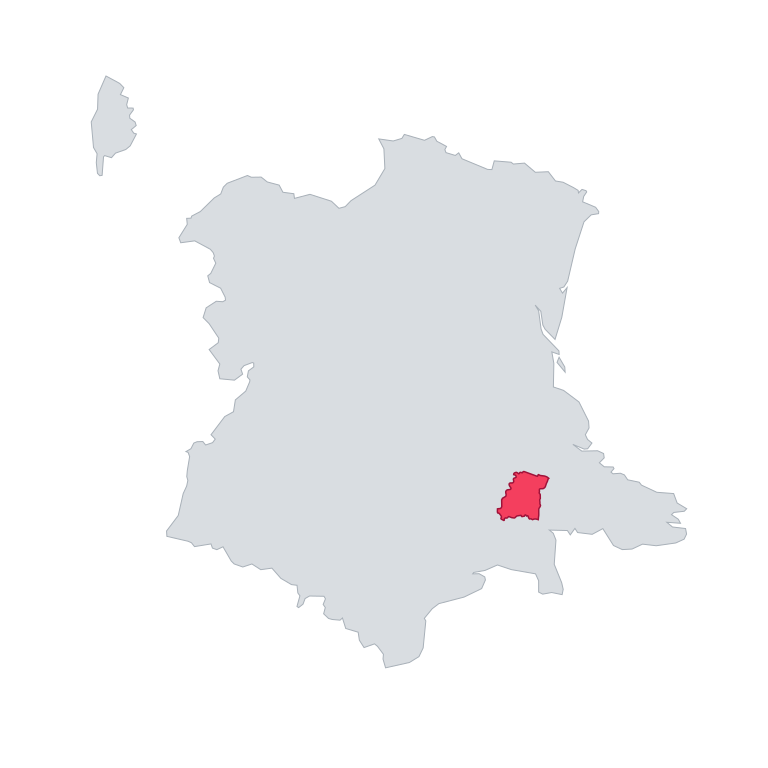 where Mayenne sits in France, rotated 185°
{"feature_id": "FRA-5324", "entity_name": "Mayenne", "entity_type": "Metropolitan department", "adm_level": 1, "iso_a3": "FRA", "parent_name": "France", "parent_adm1": "", "projection": "albers", "projection_center": [-0.661, 48.148], "detail": "fine", "context": "in_parent", "style": "filled", "palette": "rose", "viewbox_px": 768, "rotation_deg": 185, "n_neighbors": 0, "source": "natural_earth", "source_scale": "10m", "svg_char_len": 6256}
<svg xmlns="http://www.w3.org/2000/svg" viewBox="0 0 768 768"><g transform="rotate(185 384 384)"><path d="M575.4,299.4L570.7,302.7L568.3,308.6L565.2,310.2L559.5,310.9L556.4,307.7L549.7,310.6L547.3,314.4L551.9,318.4L539.8,337.7L531.5,343.3L530.7,355.2L521.1,364.9L518.0,374.5L517.9,376.4L520.8,379.2L520.2,385.3L515.2,389.7L515.6,393.5L517.1,393.9L525.0,390.1L527.8,386.3L525.7,381.5L533.3,374.8L548.0,374.9L550.5,382.7L549.3,389.6L561.2,403.1L552.7,410.7L552.6,415.3L563.5,428.9L570.0,434.4L567.8,444.4L558.3,451.8L551.8,451.9L549.2,453.7L549.8,456.7L555.1,465.2L566.6,469.8L569.0,476.4L566.2,479.1L562.1,489.7L564.8,494.4L564.1,496.7L565.6,500.0L568.8,503.1L585.0,510.1L598.8,507.0L601.1,511.8L593.9,525.9L595.0,531.8L590.7,532.4L590.2,534.5L582.0,539.8L569.4,554.5L563.2,559.1L561.2,566.1L557.7,570.3L538.2,579.8L534.2,578.4L524.4,579.4L517.9,575.1L505.8,573.0L501.4,566.2L490.4,565.7L489.4,561.1L474.3,566.5L452.3,561.5L444.2,555.1L438.1,557.3L432.8,563.8L410.3,581.3L401.9,598.7L404.6,618.3L410.6,627.7L396.0,626.9L387.6,630.2L385.5,634.4L364.9,630.3L357.4,634.7L355.3,634.5L352.5,630.4L342.4,626.1L343.8,622.8L342.4,619.9L332.9,617.9L329.7,620.8L326.0,615.2L299.5,606.8L295.2,607.0L293.6,615.9L276.7,616.0L274.3,614.4L263.3,616.3L251.7,608.1L238.8,609.8L230.9,601.2L223.2,600.6L212.4,596.2L207.5,593.8L206.9,591.3L203.7,595.1L199.6,594.2L198.8,593.0L201.4,588.3L202.0,582.8L188.6,578.5L185.1,574.5L185.1,572.4L192.3,570.6L198.9,563.0L205.3,535.3L210.0,502.5L213.3,496.3L217.4,494.6L214.1,490.1L210.0,496.0L212.7,465.9L217.5,443.3L228.3,452.6L230.9,456.6L234.1,470.1L240.3,475.8L236.3,470.3L232.3,452.4L229.9,447.3L212.6,432.2L212.1,428.7L219.6,430.6L216.6,419.3L215.0,395.8L204.6,393.3L188.2,383.1L177.0,364.9L175.9,358.1L179.0,351.0L176.4,346.5L171.7,343.3L175.5,337.2L178.9,336.6L190.6,340.3L181.1,334.4L165.4,336.1L159.2,333.9L158.2,329.6L162.6,324.3L157.4,320.7L148.5,321.3L147.5,319.8L150.2,316.0L148.0,314.5L140.7,315.7L136.6,314.4L132.9,309.8L121.2,308.4L118.7,305.7L102.8,299.9L85.9,300.1L81.6,291.0L71.6,286.1L73.8,283.4L84.1,281.3L86.2,278.9L79.0,274.9L76.5,271.1L90.2,270.9L84.2,266.7L71.0,266.3L69.5,260.9L71.5,255.6L79.4,251.1L98.7,246.6L112.5,247.0L122.5,241.2L132.2,239.8L141.3,243.1L153.4,259.0L163.5,252.4L178.2,252.9L181.2,256.8L185.3,249.9L188.5,254.0L206.6,252.9L202.4,250.1L199.1,243.5L198.7,219.2L189.7,201.6L187.6,195.1L188.2,189.7L198.8,190.9L207.6,188.5L211.8,190.2L212.8,201.5L216.5,208.1L241.0,210.2L255.2,213.6L267.1,207.1L278.2,204.1L279.1,202.6L272.7,203.3L266.8,200.6L265.9,197.6L268.9,188.7L285.7,178.7L310.2,170.0L316.4,164.3L323.4,154.1L321.7,151.6L322.0,124.5L325.4,115.5L334.4,108.8L357.7,101.4L361.0,109.9L361.0,114.7L367.6,122.1L370.8,124.3L380.9,119.7L386.2,126.6L388.1,134.5L400.8,137.1L405.0,147.3L407.2,144.9L415.0,144.9L418.8,145.6L424.1,149.8L423.0,156.2L425.4,159.1L423.6,164.9L425.3,167.3L439.7,166.3L443.9,163.4L445.5,157.6L449.6,153.8L451.3,154.8L449.3,165.7L451.6,168.3L453.1,175.9L458.7,176.1L469.8,181.4L479.6,190.8L490.6,188.3L499.9,193.2L508.7,189.4L517.6,191.7L520.8,194.4L530.2,207.8L536.1,204.4L540.6,205.6L542.4,209.6L558.6,205.5L562.0,209.1L565.6,210.3L587.0,213.3L587.8,218.6L577.5,235.1L574.5,257.3L571.7,265.1L571.0,270.9L572.4,274.5L572.4,280.5L571.3,294.8L573.2,298.8L575.4,299.4ZM689.9,579.4L689.9,588.4L694.0,594.3L698.5,619.6L693.3,632.8L694.1,647.8L687.8,666.6L673.5,660.4L669.0,656.5L671.8,649.3L663.6,646.6L664.7,639.8L663.4,636.6L658.0,637.0L657.5,635.3L660.9,629.7L660.4,626.6L654.8,623.3L653.4,619.9L657.9,615.4L655.2,612.1L652.4,611.5L657.6,599.1L661.7,595.1L671.6,590.6L675.2,585.7L682.2,587.2L683.2,585.9L683.0,567.3L685.3,566.7L687.8,568.9L689.9,579.4ZM213.5,420.6L211.9,425.9L205.4,416.7L204.6,411.6L213.5,420.6Z" fill="#d9dde1" stroke="#a8b0b8" stroke-width="1"/><path d="M246.9,305.0L246.8,306.2L246.2,306.8L245.3,307.3L244.6,307.5L243.9,307.4L241.9,306.3L241.6,306.5L240.9,307.7L240.4,307.9L239.9,307.9L238.8,307.6L238.4,307.7L237.8,308.7L237.5,308.9L236.8,309.0L223.3,305.4L223.0,305.6L222.5,307.0L222.2,307.2L220.4,306.5L215.9,306.3L213.7,305.7L211.6,304.4L212.0,303.9L212.2,303.5L212.4,303.0L212.7,301.4L212.9,300.8L213.3,299.8L213.6,298.9L214.1,296.8L214.3,295.9L214.5,295.5L214.7,295.1L215.3,294.4L215.7,294.1L216.1,293.8L216.5,293.6L217.0,293.5L218.4,293.4L218.8,293.3L219.3,293.2L219.6,293.0L219.9,292.8L219.9,292.7L220.0,292.4L220.0,291.8L219.8,290.8L219.8,290.1L219.9,289.4L219.9,289.0L219.7,288.6L219.1,288.1L218.9,287.7L218.8,287.4L218.7,287.3L218.3,283.5L218.4,283.2L218.5,283.0L218.6,282.9L218.8,282.5L218.8,282.1L218.5,280.4L218.4,280.0L218.3,278.8L218.3,278.4L218.2,278.1L217.9,277.5L217.8,277.4L217.7,277.2L217.6,276.9L217.5,276.5L217.7,275.8L217.9,275.2L218.7,273.7L218.8,273.4L218.9,272.7L218.8,271.5L218.4,267.0L218.4,265.9L218.5,264.8L218.5,262.3L220.6,262.7L221.9,262.7L223.3,262.3L223.5,262.2L223.9,261.9L224.3,261.8L225.1,262.2L225.3,262.3L225.5,262.4L225.8,262.5L227.3,262.2L227.9,262.8L228.4,263.6L228.9,264.8L229.1,265.1L229.4,265.3L229.8,265.1L230.1,265.0L230.4,264.9L230.7,265.2L231.0,265.5L231.3,265.8L231.7,265.9L232.1,265.7L232.4,265.4L232.5,265.0L232.6,264.6L232.9,264.5L234.9,263.9L235.3,264.0L235.6,264.3L235.7,264.7L235.9,265.0L236.2,265.1L239.8,264.2L240.2,264.0L240.5,263.8L241.9,262.2L242.2,262.0L242.6,261.9L243.1,261.9L245.2,262.0L247.9,262.8L248.5,262.7L248.7,262.4L248.9,262.1L249.3,261.5L249.7,261.3L250.3,261.1L251.2,261.2L251.7,260.9L252.1,260.6L252.3,260.3L252.4,259.9L252.3,259.5L252.3,259.0L252.4,258.7L252.7,258.5L255.2,259.5L255.6,259.8L255.8,260.2L255.7,260.9L255.4,261.4L255.5,262.1L255.9,262.9L257.3,264.5L258.0,265.1L258.6,265.4L259.0,265.4L259.4,265.4L259.7,265.9L259.9,266.4L260.1,269.5L259.5,269.7L257.2,270.1L256.7,270.6L256.3,271.2L256.0,272.2L256.7,278.8L256.0,280.5L253.2,282.5L252.9,282.8L252.8,283.2L252.7,283.9L252.7,284.6L253.2,286.1L253.3,286.9L253.3,287.6L253.0,288.3L252.6,288.8L251.9,289.3L249.0,290.0L248.8,290.1L248.6,290.3L248.4,291.2L248.8,291.9L249.9,293.2L250.3,293.9L250.6,294.7L250.6,295.5L250.2,296.1L249.6,296.4L247.6,296.6L247.1,296.8L246.7,297.2L246.3,297.9L246.3,298.6L246.4,299.0L246.7,299.8L246.8,300.2L246.8,300.6L246.7,301.0L246.5,301.3L246.3,301.5L244.9,302.1L244.3,302.6L244.3,303.4L244.8,304.3L245.4,304.7L246.9,305.0Z" fill="#f43f5e" stroke="#9f1239" stroke-width="1.5"/></g></svg>